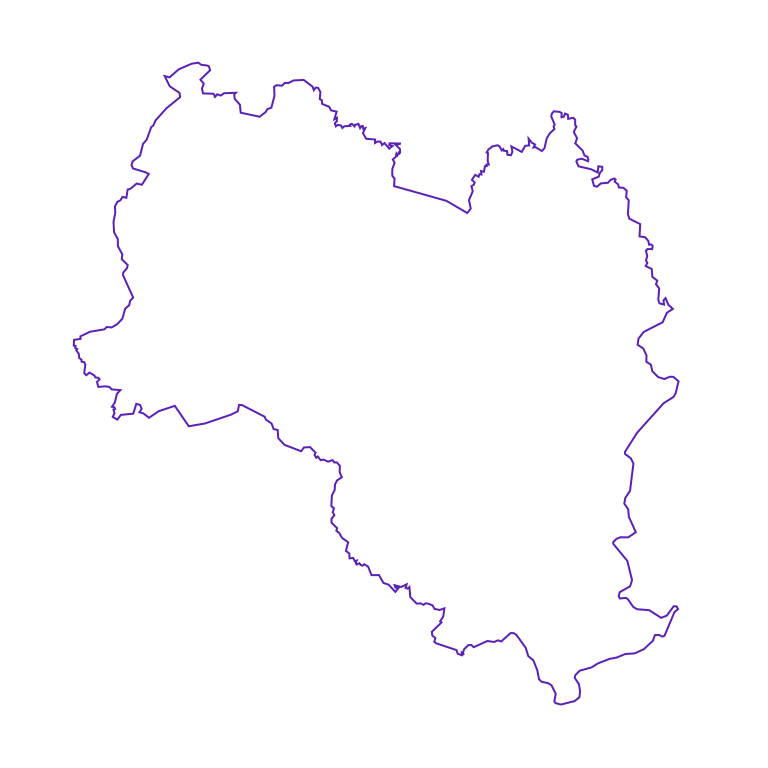 outline of Yahualica de González Gallo, Jalisco, Mexico, rotated 5°
{"feature_id": "50627088B73068630585578", "entity_name": "Yahualica de González Gallo", "entity_type": "district", "adm_level": 2, "iso_a3": "MEX", "parent_name": "Mexico", "parent_adm1": "Jalisco", "projection": "orthographic", "projection_center": [-102.91, 21.123], "detail": "fine", "context": "isolated", "style": "outline", "palette": "violet", "viewbox_px": 768, "rotation_deg": 5, "n_neighbors": 0, "source": "geoboundaries", "source_scale": "gbopen_adm2", "svg_char_len": 6114}
<svg xmlns="http://www.w3.org/2000/svg" viewBox="0 0 768 768"><g transform="rotate(5 384 384)"><path d="M523.2,630.3L531.8,621.1L535.0,620.9L537.8,622.4L548.2,634.5L551.4,642.5L556.9,646.3L561.7,655.9L564.1,664.5L566.9,666.9L573.6,667.7L577.2,669.7L582.1,677.6L581.3,685.4L582.9,687.0L588.2,687.9L601.5,683.3L606.0,679.0L606.1,672.8L604.3,666.0L599.6,660.1L600.0,657.3L603.9,652.6L615.5,648.2L621.6,643.6L632.6,638.2L639.5,636.3L647.8,632.0L657.2,630.5L666.0,625.5L674.3,616.3L675.7,610.6L679.7,610.0L683.4,611.4L685.4,610.3L693.2,586.0L696.6,582.6L694.9,580.1L692.0,580.1L685.9,590.1L680.5,592.8L667.9,586.2L655.7,586.3L651.8,584.4L645.4,576.8L643.4,576.0L637.6,577.1L636.3,574.9L637.0,570.8L646.8,564.1L648.2,557.7L641.8,539.0L626.4,523.3L626.1,521.6L629.1,518.0L632.8,516.1L640.6,515.5L647.8,509.7L639.5,495.0L638.2,487.5L633.8,482.2L634.3,476.5L638.4,469.0L639.4,441.5L636.4,436.6L630.3,432.7L630.0,430.6L640.4,410.5L664.2,378.8L673.6,371.6L675.4,367.7L677.2,355.6L671.6,351.7L668.3,351.8L662.8,354.6L656.5,353.2L650.2,347.9L648.1,341.4L643.4,339.0L643.0,332.7L639.2,326.0L633.2,322.8L633.6,316.6L638.2,309.5L656.2,298.2L659.6,288.4L665.2,284.0L660.3,280.2L657.0,273.9L655.2,276.2L656.0,280.5L651.3,279.6L649.9,276.2L649.8,264.8L646.3,261.0L647.2,257.2L642.0,253.9L640.7,246.1L634.4,243.7L635.8,240.3L634.2,238.2L635.1,233.7L633.3,228.2L634.8,226.6L639.4,226.2L639.6,223.0L638.1,221.7L635.9,222.1L634.9,218.5L631.2,215.0L625.7,214.7L625.3,202.4L613.9,197.9L612.2,193.5L611.8,179.6L608.9,176.9L609.0,170.3L605.3,167.7L600.8,167.7L599.9,164.8L596.1,162.2L596.9,160.1L595.6,159.2L592.0,160.8L589.6,164.0L582.5,165.3L579.0,168.9L575.9,168.3L573.6,161.9L579.9,158.7L580.7,154.6L582.8,152.0L582.5,148.7L578.6,148.4L578.4,154.6L571.5,152.0L558.8,150.2L556.2,145.5L556.9,143.8L561.3,142.3L567.8,144.3L568.1,142.7L567.0,140.0L563.8,138.9L561.5,134.2L553.6,127.6L554.9,122.3L551.1,116.3L553.3,110.7L551.9,109.6L551.4,104.0L549.3,102.3L544.4,103.8L543.7,99.8L540.8,98.8L539.8,102.1L537.6,102.8L537.3,98.5L535.1,97.6L529.4,97.6L527.6,100.1L527.3,103.0L531.4,110.6L530.5,112.8L531.6,115.1L527.3,119.8L524.7,125.1L523.3,135.1L521.0,138.2L514.0,134.7L512.4,135.3L513.6,132.2L510.1,130.7L506.7,127.0L507.8,133.7L503.9,134.4L501.0,140.8L490.2,136.2L491.7,141.5L490.5,145.0L487.0,144.9L486.2,141.2L483.1,141.2L482.3,139.6L481.0,141.1L478.3,137.2L476.2,136.3L471.2,137.9L467.5,141.4L466.1,144.5L467.5,145.0L467.8,152.5L469.2,156.3L467.0,156.5L467.3,158.0L465.6,158.2L465.0,163.9L462.1,163.4L462.8,166.8L460.8,166.7L460.2,169.3L456.6,167.7L453.8,173.0L456.8,175.3L456.0,177.8L453.9,179.2L455.6,184.5L452.6,193.3L455.1,201.7L452.0,206.4L430.2,196.1L376.8,186.0L376.6,178.4L374.2,176.0L373.8,173.3L373.6,168.6L375.3,162.8L373.2,159.5L375.9,156.8L376.3,153.5L377.5,155.0L378.4,152.3L379.2,153.1L379.9,152.1L379.4,148.6L374.9,144.8L379.9,143.0L368.6,143.7L368.4,145.6L371.7,146.2L368.6,149.1L363.5,143.9L361.2,146.1L359.5,142.9L356.4,143.0L354.0,144.7L353.8,141.2L344.9,141.3L341.1,135.8L343.1,130.7L341.1,131.6L340.5,129.0L339.2,128.9L337.9,131.2L335.9,127.1L332.6,128.3L332.2,129.9L329.3,127.6L327.4,128.6L328.0,129.8L322.0,130.7L320.2,132.6L318.8,130.3L315.5,129.8L313.6,131.5L312.3,128.5L314.1,126.4L313.9,122.9L311.5,124.6L313.1,116.8L307.4,116.0L305.2,112.6L298.0,110.4L297.2,106.6L295.2,105.8L295.2,98.6L292.5,94.7L290.0,94.7L288.5,97.4L286.9,94.0L277.5,88.1L267.4,89.5L262.4,92.6L259.0,92.6L256.5,95.7L251.0,95.7L248.6,97.5L249.8,106.4L247.7,118.6L243.9,120.3L242.3,123.5L236.8,128.6L217.6,126.2L216.1,118.3L210.4,112.9L209.6,108.4L211.0,106.8L199.2,108.3L196.3,110.9L192.6,109.9L190.2,113.5L190.4,111.5L188.8,109.7L178.4,110.3L176.9,105.6L178.3,100.5L174.6,96.9L183.4,86.6L181.9,82.8L180.4,82.2L174.0,81.9L171.0,80.1L164.5,81.7L152.1,88.4L143.7,97.2L138.7,96.4L144.6,106.1L154.9,111.8L155.9,116.0L143.3,128.2L133.4,141.4L131.7,146.5L129.7,148.4L126.3,161.3L123.0,165.8L121.1,177.8L114.3,184.0L113.4,188.0L115.2,191.2L127.3,193.7L131.3,195.2L131.0,196.0L125.4,206.6L120.1,205.9L114.2,211.8L111.7,212.6L111.1,221.0L107.2,220.4L105.4,224.0L102.4,225.9L100.5,230.5L101.4,237.1L100.4,246.0L101.9,256.4L106.1,262.6L107.0,270.1L112.0,277.6L111.9,282.6L118.3,287.8L117.9,291.0L114.5,295.7L114.5,298.3L126.6,319.8L123.9,323.1L123.3,327.7L119.6,331.5L117.7,341.7L112.9,347.8L107.7,351.4L102.8,351.4L100.7,353.9L86.5,357.6L77.4,363.0L77.8,365.5L71.4,367.0L71.6,372.8L73.4,372.9L73.3,375.0L75.3,376.0L74.5,377.3L77.3,380.5L78.1,384.6L80.6,386.2L80.7,388.1L83.6,388.5L84.8,390.9L84.4,399.3L86.7,401.2L89.6,398.3L94.8,400.8L95.9,402.6L98.9,402.7L100.3,404.0L97.9,407.0L99.7,411.8L106.7,410.6L110.9,410.9L113.1,413.1L121.9,413.1L118.8,417.1L117.5,425.8L115.0,430.4L117.5,430.7L118.3,432.3L116.7,433.0L118.1,436.5L116.6,440.4L121.5,442.7L124.6,437.7L136.8,435.4L139.0,425.3L143.0,426.3L144.7,429.8L142.9,433.5L146.9,434.3L152.9,438.1L162.0,430.7L177.5,424.0L193.2,443.1L208.9,439.0L234.6,427.7L240.7,423.9L241.4,417.5L244.2,417.3L268.0,427.0L269.4,429.7L275.4,433.1L278.0,438.5L282.1,439.1L283.4,447.2L290.2,453.3L307.3,458.2L309.8,454.2L315.8,453.3L321.8,458.4L321.0,460.6L322.9,463.4L324.4,462.0L327.5,465.4L330.4,464.6L335.0,466.2L339.4,464.3L341.3,466.5L343.8,466.2L347.2,469.4L347.5,475.6L350.1,480.6L345.6,484.2L343.9,488.4L344.1,493.9L341.8,499.6L342.2,510.4L345.0,512.1L344.1,516.1L346.0,519.0L343.4,523.0L343.9,526.9L349.9,531.7L349.3,534.4L352.5,536.4L355.4,540.8L362.1,544.8L360.6,553.6L364.2,555.8L364.9,560.7L368.4,560.0L370.4,563.0L372.2,562.3L371.4,564.7L372.4,566.2L375.1,564.7L376.5,566.3L378.7,566.8L380.0,565.3L384.1,567.3L388.2,575.5L395.7,574.8L400.7,582.2L406.1,583.5L413.4,590.1L416.3,585.9L413.2,585.9L412.1,583.5L418.9,584.7L424.0,581.6L423.3,585.4L425.4,585.7L427.0,584.1L428.8,594.0L435.6,599.9L439.9,599.4L442.7,600.6L444.6,598.8L447.2,599.0L451.7,600.3L453.9,603.6L459.1,604.3L463.7,602.2L463.3,610.4L460.6,615.5L462.1,616.5L453.3,626.6L454.0,630.3L457.3,632.6L456.6,636.5L458.7,637.8L479.5,642.8L480.9,646.3L485.1,647.4L484.9,645.0L487.0,647.0L486.1,644.5L486.9,641.3L490.7,636.8L493.8,636.4L496.3,638.4L509.4,631.0L516.2,631.4L519.9,629.4L523.2,630.3Z" fill="none" stroke="#5b21b6" stroke-width="2"/></g></svg>